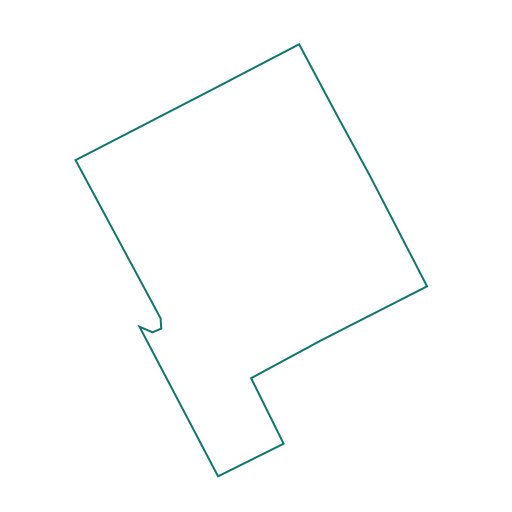 outline of Pickaway, Ohio, United States of America, rotated 59°
{"feature_id": "52423323B28425501128806", "entity_name": "Pickaway", "entity_type": "district", "adm_level": 2, "iso_a3": "USA", "parent_name": "United States of America", "parent_adm1": "Ohio", "projection": "albers", "projection_center": [-82.977, 39.64], "detail": "fine", "context": "isolated", "style": "outline", "palette": "teal", "viewbox_px": 512, "rotation_deg": 59, "n_neighbors": 0, "source": "geoboundaries", "source_scale": "gbopen_adm2", "svg_char_len": 342}
<svg xmlns="http://www.w3.org/2000/svg" viewBox="0 0 512 512"><g transform="rotate(59 256 256)"><path d="M370.1,125.0L247.0,117.1L177.1,114.1L96.7,110.0L90.7,209.3L80.9,361.3L260.3,369.9L269.4,374.6L268.1,384.0L256.6,392.3L425.3,402.0L431.1,329.0L358.2,323.1L361.8,244.1L370.1,125.0Z" fill="none" stroke="#0f766e" stroke-width="2"/></g></svg>